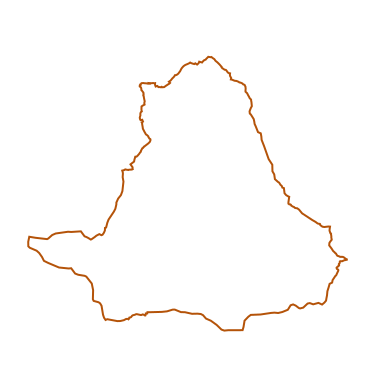 Budesti, Maramures, Romania, rotated 4°
{"feature_id": "2599482B87863551730406", "entity_name": "Budesti", "entity_type": "district", "adm_level": 2, "iso_a3": "ROU", "parent_name": "Romania", "parent_adm1": "Maramures", "projection": "equal_earth", "projection_center": [23.957, 47.717], "detail": "fine", "context": "isolated", "style": "outline", "palette": "amber", "viewbox_px": 384, "rotation_deg": 4, "n_neighbors": 0, "source": "geoboundaries", "source_scale": "gbopen_adm2", "svg_char_len": 5945}
<svg xmlns="http://www.w3.org/2000/svg" viewBox="0 0 384 384"><g transform="rotate(4 192 192)"><path d="M333.3,291.0L333.5,288.9L333.9,285.6L334.0,281.5L334.9,277.8L335.7,274.0L338.1,272.6L338.4,270.1L340.9,265.7L341.4,265.3L341.8,264.7L342.1,263.7L343.1,261.1L343.4,260.3L343.4,259.6L343.3,259.4L343.0,259.1L342.2,258.8L341.9,258.5L341.6,258.0L341.5,257.4L341.8,257.0L343.1,255.9L343.3,255.6L343.3,255.3L343.5,255.3L343.8,255.1L343.9,254.7L343.6,253.4L344.1,252.9L344.3,252.5L344.3,251.0L344.7,250.7L346.6,250.6L348.8,249.4L349.9,249.2L351.3,248.7L351.9,248.4L351.3,248.4L350.8,248.3L349.5,247.6L348.2,246.7L347.0,246.2L345.9,246.3L345.2,246.2L344.4,246.4L342.9,245.8L341.5,245.5L340.5,244.3L340.0,243.4L339.2,243.0L338.7,242.4L336.9,241.0L335.2,238.7L332.6,235.7L332.6,235.2L332.6,234.6L332.6,233.9L332.6,233.3L332.8,232.9L333.1,232.3L333.5,231.6L334.3,230.5L334.6,230.1L334.7,229.8L334.5,229.5L334.5,228.9L334.2,227.9L334.1,227.2L334.1,226.6L333.9,225.6L333.7,224.7L333.4,224.1L333.5,223.7L332.9,223.4L331.9,221.0L331.9,219.3L332.1,216.9L330.5,216.9L326.4,217.7L324.5,217.5L322.3,216.1L321.8,214.9L320.1,214.8L319.3,214.5L317.3,213.2L313.8,211.5L303.3,205.6L300.0,202.1L298.1,200.9L297.1,200.9L295.6,200.6L294.9,199.9L293.6,199.5L291.9,198.6L291.6,197.9L291.0,197.5L290.0,197.6L289.0,196.9L288.9,195.5L289.3,190.0L288.6,189.8L286.2,188.6L284.4,186.8L283.4,181.7L281.8,181.3L281.2,179.8L279.7,178.6L278.3,176.6L277.0,175.9L273.8,173.4L272.8,168.7L270.8,165.7L270.2,159.2L266.2,153.9L260.7,141.2L257.8,135.1L257.3,131.8L256.5,128.7L253.7,127.7L250.9,121.9L249.7,119.7L249.2,117.4L248.5,115.0L245.3,110.6L244.2,109.7L243.8,107.6L244.0,106.7L244.8,104.2L245.7,102.2L245.0,98.0L244.7,97.1L244.5,95.8L244.2,95.4L243.2,94.6L242.7,93.9L242.3,93.1L241.2,91.5L240.1,89.6L239.2,88.9L238.4,88.2L238.3,87.3L238.3,84.9L238.1,84.0L238.0,83.2L237.6,82.6L237.0,81.5L236.2,81.2L235.6,81.1L235.3,80.8L234.7,80.2L234.4,80.1L232.8,79.5L231.6,79.4L230.9,78.9L230.4,78.7L228.6,78.1L227.6,78.1L227.1,78.1L225.6,77.7L224.9,77.4L223.8,77.1L222.9,77.0L223.1,75.8L223.1,75.5L222.0,73.8L221.6,72.5L221.7,71.0L220.4,70.8L219.7,70.5L219.0,69.8L217.6,68.1L217.1,67.8L216.2,67.8L215.7,67.6L215.1,67.2L214.5,66.8L213.7,66.5L212.8,65.5L212.9,65.2L210.5,62.8L208.3,60.9L206.7,59.8L206.0,59.2L205.3,58.2L204.7,57.7L203.9,57.3L203.0,56.7L202.0,56.0L201.6,56.2L201.2,56.2L199.8,56.1L199.4,56.1L198.8,56.0L197.9,57.1L196.8,58.3L196.5,58.9L194.8,59.8L193.5,61.3L193.0,62.1L191.4,61.8L190.1,61.5L189.9,62.2L189.7,62.9L189.2,63.5L188.2,64.5L186.3,63.4L185.4,64.2L184.2,64.0L183.0,63.7L181.6,63.3L181.1,63.0L180.3,63.7L178.7,64.6L176.5,65.7L175.2,66.7L174.4,67.5L173.2,69.1L172.5,70.4L172.2,71.2L171.6,72.6L170.9,73.5L170.2,74.7L169.2,75.7L168.2,76.4L166.8,76.7L166.4,77.7L165.6,78.8L164.5,80.0L162.9,82.3L161.3,83.6L162.5,84.7L161.9,85.4L160.1,86.7L159.5,87.2L158.9,87.6L156.9,89.3L154.9,89.6L154.4,89.2L153.7,89.7L153.1,89.6L152.4,89.6L151.2,89.7L150.0,88.6L149.6,88.7L148.4,89.3L147.7,87.8L147.6,87.1L147.6,86.0L146.8,86.2L145.8,86.0L145.1,86.1L144.2,86.3L141.5,86.3L141.9,86.9L140.5,87.0L138.9,86.8L136.9,86.8L135.7,86.7L134.0,87.0L133.6,87.8L133.0,88.1L132.8,88.5L133.2,88.7L133.2,89.2L132.7,89.4L132.4,89.8L132.5,90.4L133.6,91.1L134.0,91.7L134.3,92.9L134.4,93.9L135.1,94.5L136.0,95.6L136.5,96.1L136.7,96.6L136.8,97.1L136.6,97.7L136.9,98.2L137.0,98.5L136.7,99.2L137.2,100.0L137.4,101.0L137.8,102.5L138.1,103.6L138.5,104.7L138.2,106.7L138.6,108.1L136.6,109.4L135.7,110.2L135.8,113.1L135.9,113.8L136.3,115.1L135.5,115.8L135.1,116.8L135.0,117.8L135.2,119.1L134.9,120.4L134.7,121.6L135.0,122.6L135.1,123.0L135.7,123.9L137.3,123.4L138.2,125.2L137.0,126.1L137.2,126.4L137.5,127.2L137.6,128.1L138.1,130.0L138.3,130.9L138.4,131.4L138.5,131.9L138.6,132.4L138.9,132.8L140.6,135.6L141.3,136.6L141.7,137.3L142.1,137.8L143.2,138.4L144.5,139.5L144.6,140.0L144.8,140.3L145.8,141.7L146.7,142.1L146.9,142.6L146.9,143.6L146.4,145.0L145.0,146.6L141.5,149.7L141.3,150.0L141.0,150.0L140.1,151.2L140.1,151.4L139.4,151.8L138.2,154.5L138.2,155.1L137.9,155.8L137.4,156.2L137.2,156.6L137.0,157.1L136.6,157.7L135.1,159.7L134.2,160.6L133.0,160.7L132.8,161.1L132.7,162.1L132.4,163.3L132.2,164.6L132.1,165.7L128.7,168.7L129.0,169.1L131.0,171.5L131.0,172.6L131.3,173.3L130.5,173.8L128.1,174.1L127.4,174.2L127.0,174.5L125.0,174.3L123.8,174.1L123.0,174.8L120.9,175.5L121.6,177.3L121.8,178.5L121.8,182.0L122.9,186.4L122.5,196.0L121.3,200.1L118.8,203.7L117.3,207.8L117.4,209.7L116.7,214.1L115.4,217.1L110.7,225.3L109.7,228.5L108.8,233.4L107.7,233.9L107.8,236.4L107.4,237.6L106.8,239.1L105.7,240.9L104.6,241.4L102.5,240.5L99.7,242.2L98.1,243.7L95.0,246.2L94.3,246.5L92.1,245.3L89.9,244.3L87.9,243.7L83.9,239.0L74.3,240.3L71.1,240.3L58.9,242.9L55.5,244.7L51.9,248.4L50.7,249.1L39.2,248.6L32.8,248.0L32.1,253.1L32.5,257.6L34.0,258.9L41.1,261.4L43.8,263.5L46.9,267.3L49.1,271.0L53.5,272.8L64.6,276.6L74.3,276.9L76.8,276.5L81.1,281.5L84.3,282.5L90.8,283.1L92.5,283.8L98.4,290.3L100.2,296.8L100.6,305.9L101.5,307.5L106.5,308.5L108.1,309.5L109.7,311.8L111.8,320.6L113.0,323.5L114.7,325.7L116.3,324.8L126.6,326.0L129.5,325.7L133.0,324.6L135.2,323.2L136.3,323.1L137.2,323.1L137.5,323.4L137.9,323.0L138.1,322.0L138.3,321.6L139.2,321.5L140.0,321.0L140.9,319.6L141.6,319.1L143.7,318.4L144.5,317.9L145.4,317.7L146.8,317.9L148.8,318.2L149.7,318.3L150.4,318.1L151.1,317.6L151.4,317.6L152.2,317.7L152.9,318.0L153.4,318.4L154.1,318.4L154.4,317.4L154.4,316.4L155.8,316.3L155.9,315.0L157.9,314.9L170.3,313.7L175.4,312.8L180.9,310.7L183.0,310.5L189.4,312.6L193.3,312.4L200.5,313.5L205.9,313.0L209.3,313.1L211.6,314.1L214.8,317.3L219.8,319.1L225.9,322.9L231.0,327.2L233.9,328.0L238.0,327.3L252.1,326.3L252.8,323.1L253.4,316.7L256.9,312.5L259.2,310.5L269.0,309.4L279.4,307.1L282.7,306.6L286.4,306.7L290.5,305.4L295.8,302.8L298.3,298.1L300.7,297.1L303.4,298.1L306.7,300.3L307.9,300.6L311.0,299.6L315.1,295.2L317.3,294.6L320.7,295.6L325.9,293.8L329.6,295.2L331.8,293.1L333.3,291.0Z" fill="none" stroke="#b45309" stroke-width="2"/></g></svg>